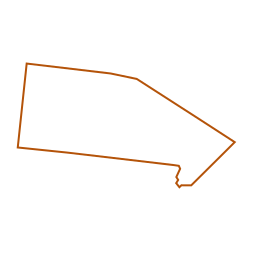 outline of Bandera, Texas, United States of America, rotated 6°
{"feature_id": "52423323B80467523610206", "entity_name": "Bandera", "entity_type": "district", "adm_level": 2, "iso_a3": "USA", "parent_name": "United States of America", "parent_adm1": "Texas", "projection": "mercator", "projection_center": [-99.108, 29.73], "detail": "fine", "context": "isolated", "style": "outline", "palette": "amber", "viewbox_px": 256, "rotation_deg": 6, "n_neighbors": 0, "source": "geoboundaries", "source_scale": "gbopen_adm2", "svg_char_len": 372}
<svg xmlns="http://www.w3.org/2000/svg" viewBox="0 0 256 256"><g transform="rotate(6 128 128)"><path d="M20.5,74.5L20.4,158.9L70.3,158.8L177.8,160.1L182.5,160.3L184.1,163.1L181.2,171.7L183.3,174.4L181.7,177.8L185.3,181.5L187.1,179.4L196.9,178.4L228.4,139.8L235.6,130.9L199.4,112.5L131.6,78.3L105.1,75.6L20.5,74.5Z" fill="none" stroke="#b45309" stroke-width="2"/></g></svg>